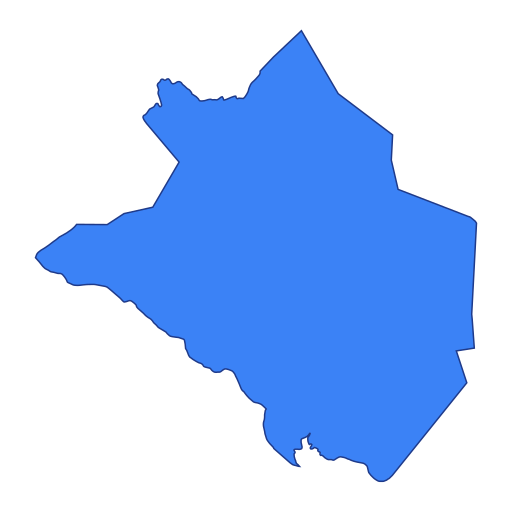 the district of San Antonio de Oriente, Francisco Morazán, Honduras
{"feature_id": "27666195B20875858813448", "entity_name": "San Antonio de Oriente", "entity_type": "district", "adm_level": 2, "iso_a3": "HND", "parent_name": "Honduras", "parent_adm1": "Francisco Morazán", "projection": "robinson", "projection_center": [-87.024, 14.037], "detail": "fine", "context": "isolated", "style": "filled", "palette": "blue", "viewbox_px": 512, "rotation_deg": 0, "n_neighbors": 0, "source": "geoboundaries", "source_scale": "gbopen_adm2", "svg_char_len": 5957}
<svg xmlns="http://www.w3.org/2000/svg" viewBox="0 0 512 512"><path d="M475.1,221.1L470.5,217.3L469.5,216.8L468.1,216.4L398.1,189.4L391.3,160.1L392.6,134.9L338.2,93.7L301.4,30.7L273.5,57.0L260.1,71.1L260.1,72.1L260.1,73.1L259.9,73.7L259.3,75.0L258.2,76.3L255.7,79.1L254.2,80.6L252.3,82.3L251.2,83.6L250.6,84.6L249.6,86.8L248.9,88.6L248.3,91.0L247.9,92.0L247.3,93.2L246.3,94.9L245.1,96.7L244.2,97.7L243.3,98.5L239.1,98.2L238.5,98.3L237.7,98.7L237.1,98.6L236.8,98.4L236.1,97.5L236.0,97.1L236.0,96.6L235.9,96.3L235.6,96.2L235.3,96.1L233.9,96.4L231.3,97.3L226.4,99.4L224.1,100.1L223.8,100.0L223.6,99.8L223.3,98.6L222.8,97.6L222.4,97.0L222.3,96.8L222.0,96.8L221.4,97.0L220.8,97.3L218.6,99.0L217.4,99.7L216.9,99.8L216.4,99.9L214.8,99.7L212.4,99.8L211.9,99.7L210.9,99.3L209.8,99.3L208.1,99.6L205.9,100.3L204.4,100.7L201.9,101.0L200.2,100.9L199.7,100.7L199.3,100.4L198.2,98.7L196.2,96.7L192.0,94.0L191.8,93.7L191.6,92.9L191.3,92.3L190.4,91.1L189.8,90.4L189.0,89.6L187.5,88.8L186.8,88.2L184.7,86.2L182.5,84.4L181.4,82.8L180.5,82.1L179.7,81.8L179.1,81.6L177.9,81.7L176.8,82.1L175.5,83.0L174.7,83.4L173.6,83.7L172.9,83.8L172.1,83.5L171.5,83.1L171.1,82.5L170.5,81.3L169.8,80.3L169.1,79.4L168.4,78.9L167.9,78.9L167.1,79.0L166.6,79.3L165.9,79.9L165.2,80.2L164.6,80.2L164.3,80.1L163.3,79.4L162.5,79.2L161.8,79.2L161.1,79.6L160.7,80.1L160.3,81.1L159.8,81.8L159.3,82.3L158.4,83.1L157.9,83.6L157.5,84.5L157.3,85.3L157.4,85.8L158.0,87.4L158.7,89.8L158.7,90.2L158.3,91.3L158.1,92.8L158.1,93.7L159.9,98.8L161.1,102.7L161.6,104.9L161.6,105.3L161.4,105.8L161.2,106.2L160.8,106.5L160.3,106.7L159.9,106.7L159.3,106.1L158.5,105.1L158.4,104.8L158.2,104.2L157.9,103.7L157.5,103.5L157.0,103.4L156.6,103.5L156.2,103.6L155.5,104.3L154.5,106.0L154.1,106.5L153.8,106.9L153.1,107.3L149.6,109.1L148.5,110.6L147.2,112.6L145.8,114.2L145.1,114.8L144.0,115.3L143.5,115.8L143.2,116.3L143.1,116.7L143.0,117.2L143.1,117.7L143.5,118.8L144.0,119.8L144.8,121.1L145.9,122.5L146.4,123.3L179.1,162.1L152.8,207.2L124.0,213.6L107.2,224.6L76.6,224.4L75.5,225.8L74.2,227.2L72.3,228.9L70.4,230.4L68.3,231.8L66.6,233.0L59.4,237.0L55.6,240.1L53.4,241.6L48.6,245.3L44.5,248.1L41.0,250.2L39.3,251.5L38.0,252.6L37.0,253.9L36.7,254.4L35.5,257.7L39.2,261.8L42.7,266.2L44.1,267.6L45.2,268.6L46.1,269.1L48.1,270.1L49.1,270.7L50.3,271.5L51.0,271.8L53.8,272.3L57.8,273.4L60.6,273.5L61.8,274.0L62.3,274.4L63.2,275.3L64.6,277.0L66.3,279.6L66.7,280.5L67.2,281.7L67.5,282.2L68.3,282.7L70.4,283.6L72.7,284.7L73.5,285.0L74.5,285.2L75.7,285.3L77.5,285.4L79.4,285.3L83.6,284.8L87.0,284.5L91.2,284.4L94.1,284.4L95.7,284.6L105.2,286.4L106.4,286.8L107.4,287.3L109.3,288.8L119.9,297.9L120.7,298.7L122.6,300.8L123.9,301.9L124.3,302.0L125.9,301.7L127.0,301.4L128.6,300.8L129.6,300.6L130.6,300.7L131.7,301.2L133.7,302.7L135.7,304.5L136.3,305.4L136.5,306.4L136.7,306.9L137.9,308.4L143.5,313.3L145.2,315.1L146.2,316.0L148.2,317.5L149.9,318.5L151.0,319.3L152.4,320.8L153.7,322.7L156.3,325.1L158.2,327.3L159.4,328.1L165.4,331.7L165.9,332.0L167.3,333.7L169.5,335.7L170.5,336.2L172.0,336.6L175.3,337.1L178.6,337.5L182.7,338.9L183.5,339.2L184.0,339.5L184.2,339.8L184.4,340.2L184.8,342.0L185.2,344.2L185.6,348.6L186.0,349.2L186.6,350.1L187.5,352.3L188.6,355.2L189.3,356.4L189.8,357.1L193.4,359.7L196.4,361.5L198.7,362.7L200.7,363.3L201.5,363.7L202.3,364.3L202.9,365.0L203.6,366.2L204.3,366.7L205.4,367.1L209.9,368.2L210.7,368.9L211.7,370.2L212.6,371.0L213.6,371.7L214.5,372.1L215.3,372.2L216.0,372.3L217.8,372.1L219.4,372.1L220.0,372.0L220.8,371.6L222.6,370.2L224.0,369.3L224.7,369.0L225.4,368.9L226.5,369.0L228.5,369.5L231.1,370.5L232.5,371.2L232.9,371.6L233.8,372.7L234.7,373.9L235.0,374.5L235.7,376.2L236.9,378.5L239.3,384.0L240.8,387.8L241.6,389.5L242.7,390.9L243.6,391.4L245.7,394.2L246.9,395.7L249.3,398.3L253.4,401.8L254.2,402.2L255.2,402.5L257.4,402.9L259.0,403.4L260.5,404.0L261.4,404.5L262.5,405.4L266.1,408.8L266.2,409.0L265.6,409.9L265.3,410.6L264.6,414.8L264.6,417.0L264.4,419.2L264.1,420.4L263.7,421.7L263.5,422.6L263.4,423.7L263.4,424.9L263.5,426.2L264.7,431.6L265.0,433.7L266.5,438.6L266.9,439.5L267.4,440.4L268.4,441.8L269.7,443.5L273.1,447.1L273.6,447.9L273.8,448.5L290.1,462.8L292.6,464.6L294.3,465.2L295.7,465.5L298.4,466.3L299.5,466.4L298.0,464.7L296.9,463.8L296.4,463.3L295.9,462.0L295.5,460.4L295.1,459.6L294.8,458.7L294.3,456.9L294.1,455.2L294.1,454.2L294.2,453.7L294.6,453.3L294.8,453.1L295.1,452.2L295.0,451.9L294.6,451.4L294.2,450.6L294.0,450.2L294.0,449.9L294.2,449.7L294.4,449.5L295.2,449.2L297.5,449.2L299.2,449.4L300.7,449.1L301.6,448.7L301.9,448.1L302.1,447.0L301.1,442.4L301.1,440.4L301.2,439.7L301.3,439.3L301.6,439.0L302.2,438.6L304.8,437.6L306.2,436.9L307.2,436.3L308.6,434.9L309.6,433.5L309.9,433.3L310.1,433.5L310.0,433.8L309.6,434.9L309.1,435.8L307.9,437.4L307.8,438.2L307.8,439.6L308.0,441.3L308.1,441.7L308.6,443.1L309.2,444.4L309.4,444.5L309.7,444.5L310.3,444.0L310.7,443.9L311.3,444.1L311.8,444.5L311.8,444.8L311.5,445.6L311.2,446.2L310.5,447.2L310.3,447.6L310.3,448.3L310.5,448.7L310.7,448.9L311.4,449.0L312.2,448.9L313.4,448.3L314.3,447.6L314.6,447.5L315.8,447.9L317.4,448.7L317.7,448.9L318.0,449.4L318.0,449.7L317.8,450.1L317.8,450.4L317.9,450.8L318.1,451.2L318.5,451.6L319.5,451.9L320.1,452.4L320.0,453.3L320.0,454.4L320.1,454.7L320.4,455.1L320.8,455.4L321.6,455.2L322.2,455.5L323.2,456.1L324.7,457.6L325.9,458.4L327.2,459.2L328.4,459.6L331.4,459.6L332.5,460.0L333.1,460.1L333.8,460.1L334.3,459.9L337.4,457.9L338.8,457.2L339.7,456.9L340.7,456.8L343.8,457.4L344.9,457.7L346.2,458.2L347.6,458.9L349.3,459.4L351.2,460.3L354.1,461.3L356.9,462.0L362.7,463.1L363.7,463.4L364.4,463.8L365.1,464.2L366.5,465.5L367.1,466.2L367.5,467.4L368.5,471.7L368.8,472.6L369.5,473.5L370.9,475.3L373.0,477.4L374.3,478.6L375.6,479.5L376.9,480.3L378.0,480.9L378.9,481.2L379.7,481.3L383.1,481.3L383.8,481.2L384.8,480.8L386.6,480.1L387.8,479.2L389.2,478.4L392.3,475.4L466.8,382.8L456.3,350.9L474.3,348.1L472.2,319.4L471.7,314.2L476.5,223.2L475.9,222.2L475.1,221.1Z" fill="#3b82f6" stroke="#1e3a8a" stroke-width="1.5"/></svg>